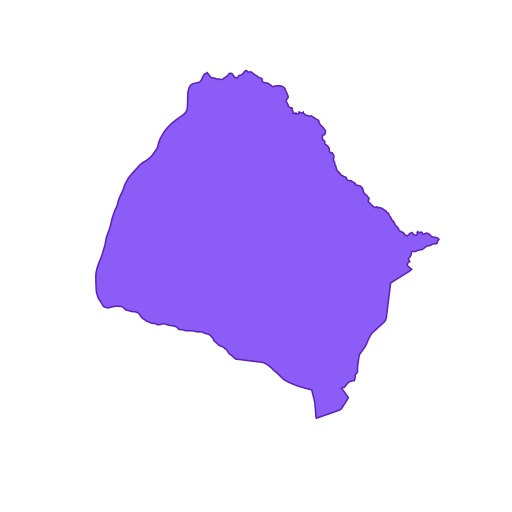 outline of Mwea, Central, Kenya, rotated 318°
{"feature_id": "3690345B50229507526225", "entity_name": "Mwea", "entity_type": "district", "adm_level": 2, "iso_a3": "KEN", "parent_name": "Kenya", "parent_adm1": "Central", "projection": "natural_earth1", "projection_center": [37.398, -0.655], "detail": "fine", "context": "isolated", "style": "filled", "palette": "violet", "viewbox_px": 512, "rotation_deg": 318, "n_neighbors": 0, "source": "geoboundaries", "source_scale": "gbopen_adm2", "svg_char_len": 6128}
<svg xmlns="http://www.w3.org/2000/svg" viewBox="0 0 512 512"><g transform="rotate(318 256 256)"><path d="M380.7,168.8L380.1,166.5L380.8,165.7L382.1,161.1L382.9,160.4L384.0,160.1L385.3,160.0L386.5,159.3L387.9,155.9L388.2,154.1L389.5,151.0L389.5,149.4L389.2,148.2L388.8,147.2L388.1,146.0L387.4,145.1L386.5,144.4L385.4,143.6L384.6,142.8L383.6,142.3L382.4,141.9L381.5,140.8L381.5,139.6L381.0,138.3L380.8,136.4L380.0,134.8L378.9,133.6L378.1,132.6L377.6,131.4L377.7,130.0L379.0,128.5L378.7,127.0L377.8,126.0L377.4,124.8L377.3,123.1L376.8,121.9L376.5,120.7L376.0,118.2L375.8,116.8L375.3,115.5L373.9,114.7L373.2,113.9L373.1,112.1L372.4,111.3L371.1,111.2L369.7,111.4L368.3,111.7L366.8,111.8L365.6,111.3L364.5,110.6L363.3,110.6L362.0,111.2L360.4,110.3L359.8,108.5L359.9,106.9L360.3,105.1L359.8,103.6L358.9,102.8L357.8,102.5L356.7,102.8L355.2,102.9L351.9,102.6L350.8,102.2L349.7,102.3L348.7,102.0L347.9,101.2L347.0,99.8L345.1,98.0L344.0,95.6L343.0,94.8L342.1,93.8L342.2,90.1L342.5,87.1L341.5,87.0L340.0,86.4L338.5,86.5L336.8,87.1L334.3,88.2L333.2,88.6L332.0,88.9L330.9,89.0L329.8,88.7L328.8,88.3L327.9,87.8L326.9,87.1L325.8,86.5L324.2,85.8L322.7,85.3L321.5,85.4L320.5,85.6L319.1,86.1L318.0,86.7L316.1,87.9L313.9,89.7L310.2,93.6L308.6,95.4L305.1,99.0L302.9,100.8L301.8,101.4L300.4,102.0L298.6,102.3L296.3,102.3L294.9,102.2L288.7,101.4L283.3,101.0L282.1,101.0L278.9,101.2L275.9,101.4L274.5,101.6L271.9,102.0L269.1,102.7L267.6,103.2L262.9,104.9L261.5,105.6L259.2,106.8L255.6,109.4L253.6,110.0L246.3,111.7L242.5,112.0L239.7,111.8L236.7,111.3L234.3,110.8L233.1,110.7L231.1,110.6L229.1,110.8L218.5,111.8L213.3,112.7L207.2,114.8L205.8,115.4L201.3,118.0L195.5,120.4L193.1,121.5L191.5,122.3L185.7,126.1L182.5,127.2L176.4,130.5L173.9,132.0L169.7,135.0L166.9,136.8L164.7,138.1L159.7,140.7L157.2,142.1L155.9,143.0L151.2,146.7L145.6,150.2L139.5,153.7L133.9,156.3L128.9,159.2L125.6,161.7L123.7,163.5L118.8,169.1L116.7,171.7L114.6,174.2L113.3,176.1L111.7,179.2L111.3,180.3L110.5,181.8L110.3,183.5L109.3,189.4L108.9,191.3L109.4,192.8L110.3,194.1L111.1,195.4L112.1,196.2L113.3,196.6L114.8,197.4L116.1,198.3L117.4,198.9L118.7,200.0L121.0,202.2L122.1,203.4L122.9,204.9L123.0,207.8L123.2,209.1L123.9,210.1L126.5,214.1L127.6,215.4L128.7,216.4L129.6,218.0L130.3,219.4L130.5,220.8L130.0,223.8L129.9,225.2L129.9,226.4L130.7,229.0L130.9,230.2L131.3,231.8L132.1,233.2L132.7,234.7L133.5,236.0L134.4,237.2L135.6,238.3L136.2,239.7L136.9,241.2L138.4,242.6L139.8,243.3L141.1,243.9L142.0,244.6L142.8,245.3L143.3,246.4L144.0,247.7L146.2,250.7L147.3,252.0L149.1,254.8L149.7,256.0L149.5,257.6L149.5,258.9L152.5,262.2L153.6,264.3L159.1,269.5L162.0,273.6L164.6,275.8L165.6,276.9L165.7,278.3L166.6,279.2L166.9,280.5L167.9,281.4L169.0,284.4L168.8,286.0L169.0,287.6L168.8,288.9L168.0,290.8L168.3,292.7L168.6,296.1L168.8,297.9L170.4,301.1L170.9,302.3L170.9,303.8L171.3,304.9L171.3,306.4L170.7,310.1L170.9,311.5L171.2,313.2L171.6,315.3L171.4,316.6L171.9,317.9L171.9,319.0L190.1,339.9L190.6,341.4L191.2,342.7L191.7,344.5L192.2,347.0L192.6,350.2L192.7,352.9L193.4,358.0L193.6,360.9L193.9,366.2L194.3,367.2L195.6,371.3L197.7,375.9L199.6,379.8L204.5,387.8L207.8,392.7L207.3,393.8L206.1,395.9L203.9,400.2L201.6,404.2L195.7,412.1L193.0,415.4L192.3,417.0L214.7,426.3L216.1,426.7L217.4,426.7L218.8,426.3L225.4,424.5L229.9,423.1L231.2,411.4L232.6,412.0L233.6,412.6L234.7,412.7L237.4,412.1L239.0,411.9L240.6,411.8L242.0,412.3L243.0,412.7L244.2,413.4L245.6,414.4L247.8,413.2L248.9,412.2L250.2,410.7L252.7,410.5L253.8,410.1L257.8,405.9L259.2,404.7L265.1,399.8L266.5,398.8L267.6,398.3L273.0,397.2L276.0,396.5L278.4,395.7L282.1,394.0L283.0,393.4L288.6,391.4L290.7,390.9L303.7,390.9L307.7,390.8L308.9,390.6L309.9,390.0L311.8,388.9L321.3,380.6L330.7,372.5L338.0,366.2L344.2,367.2L359.8,370.0L362.8,370.1L362.7,369.0L362.4,367.6L362.2,365.7L362.3,364.0L363.4,363.0L365.4,362.8L366.6,363.0L366.7,361.5L367.3,360.1L368.6,359.9L370.0,359.7L372.4,358.8L373.3,357.8L374.4,356.9L375.6,357.1L376.4,358.6L377.7,359.5L379.5,359.9L381.0,360.8L382.4,361.2L383.6,362.4L388.6,362.8L390.1,363.1L391.5,364.2L392.8,364.9L394.3,365.0L395.8,365.6L397.7,367.2L398.6,367.7L399.8,367.5L400.5,366.5L403.1,366.1L403.1,364.5L402.3,362.8L401.5,361.8L400.5,360.8L399.6,359.2L399.4,356.2L399.1,354.6L398.2,353.2L397.0,352.5L395.4,352.2L394.5,351.3L395.2,349.8L394.7,348.6L393.3,348.1L392.5,347.2L392.5,346.0L391.5,346.3L390.9,347.4L389.9,347.8L388.8,347.7L387.8,346.5L387.5,344.8L387.8,343.1L386.5,342.6L385.1,342.1L383.6,342.4L382.0,342.3L380.7,340.1L381.0,338.8L381.2,337.1L380.5,336.1L380.1,334.7L379.6,333.3L379.6,332.1L380.3,330.9L380.4,329.3L380.3,327.4L380.3,325.5L380.9,324.2L381.2,323.1L381.3,321.6L381.2,319.9L382.0,317.2L382.1,315.4L382.4,314.3L383.0,312.9L382.4,311.3L382.7,309.4L382.2,307.7L381.9,306.2L381.5,304.8L380.8,303.7L380.2,302.5L378.9,301.6L378.7,300.2L377.8,299.8L376.7,299.6L376.4,298.3L376.3,296.9L375.9,294.8L376.1,293.1L375.7,290.4L377.6,289.6L378.4,289.0L378.8,287.8L378.5,286.6L378.9,285.3L378.7,283.9L378.3,282.7L378.5,281.5L378.9,280.1L379.7,278.6L380.6,276.7L380.4,275.0L380.3,273.7L379.6,272.8L379.1,271.7L378.4,270.8L377.5,269.9L378.3,268.6L377.9,266.7L377.5,265.5L377.0,263.6L375.8,262.5L375.0,261.2L374.8,259.4L375.6,257.8L374.9,256.4L374.2,255.4L374.1,253.9L373.2,252.8L373.6,251.4L373.6,250.0L373.7,248.3L373.4,246.7L374.0,245.6L374.5,244.0L375.5,242.8L375.6,241.3L376.5,239.9L377.4,238.3L377.5,236.9L378.5,235.8L379.7,234.9L380.6,234.2L381.2,232.9L381.4,231.6L381.7,230.3L380.8,229.6L380.5,228.1L380.8,226.9L381.8,225.9L382.5,224.8L382.8,223.0L382.8,221.4L382.3,219.9L382.1,218.8L383.7,217.0L383.8,215.7L383.4,214.7L384.0,213.1L385.0,212.1L385.7,211.1L386.8,211.0L387.6,211.6L388.6,211.6L390.1,210.8L391.2,209.7L391.7,208.4L391.6,206.8L391.9,205.5L391.7,203.9L391.7,202.1L391.9,199.2L392.9,198.1L393.2,196.9L392.2,194.3L392.0,193.2L391.4,190.8L391.1,189.7L390.7,188.6L389.4,188.2L388.6,186.5L387.5,185.1L387.2,183.5L386.7,181.8L387.4,180.7L386.4,180.6L385.4,180.2L385.1,179.0L384.2,177.7L383.1,178.7L381.4,178.1L381.4,176.4L380.3,176.6L380.0,175.5L379.0,174.7L380.3,173.2L380.6,171.5L381.8,170.7L381.6,169.5L380.7,168.8Z" fill="#8b5cf6" stroke="#5b21b6" stroke-width="1.5"/></g></svg>